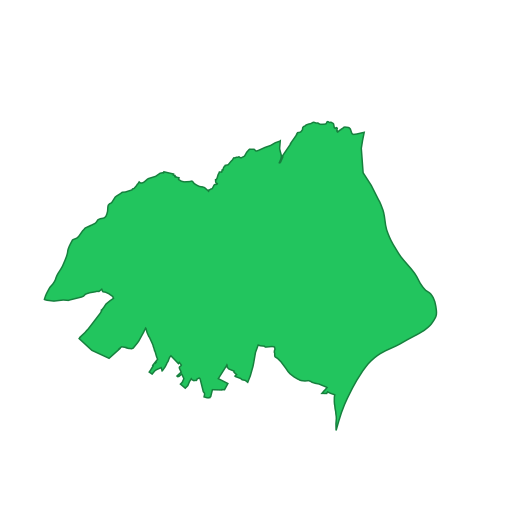 Soledad, Atlántico, Colombia, rotated 17°
{"feature_id": "7082276B16795204487945", "entity_name": "Soledad", "entity_type": "district", "adm_level": 2, "iso_a3": "COL", "parent_name": "Colombia", "parent_adm1": "Atlántico", "projection": "equal_earth", "projection_center": [-74.779, 10.91], "detail": "fine", "context": "isolated", "style": "filled", "palette": "green", "viewbox_px": 512, "rotation_deg": 17, "n_neighbors": 0, "source": "geoboundaries", "source_scale": "gbopen_adm2", "svg_char_len": 6109}
<svg xmlns="http://www.w3.org/2000/svg" viewBox="0 0 512 512"><g transform="rotate(17 256 256)"><path d="M105.4,239.1L104.2,240.7L104.0,241.3L102.5,246.8L102.0,247.7L100.7,248.9L99.9,250.5L99.9,251.3L100.0,252.3L101.0,256.7L101.1,259.5L100.9,261.7L100.4,262.9L99.8,263.8L98.9,264.5L96.3,265.8L95.1,266.8L94.2,267.7L93.4,270.3L93.0,271.2L92.5,271.9L88.2,276.0L88.2,275.8L84.5,279.2L84.2,279.7L83.7,281.1L82.9,282.5L80.8,288.9L80.0,290.4L79.2,291.5L76.3,293.8L75.8,294.4L75.0,298.6L74.6,301.2L74.4,303.6L74.4,305.4L74.8,308.0L74.9,309.5L74.9,312.0L74.6,316.2L73.9,322.4L73.1,325.9L71.8,330.5L71.3,333.1L71.1,335.4L71.1,337.2L70.7,339.5L69.9,342.2L68.1,346.1L67.6,348.2L66.7,352.9L66.4,355.5L66.3,359.3L67.2,359.4L67.2,359.5L69.2,359.4L75.9,358.2L84.6,354.4L89.6,353.3L90.7,352.5L101.2,346.2L102.8,344.8L104.0,342.5L105.6,341.2L107.8,339.7L112.6,337.3L114.0,336.4L116.2,335.8L118.2,332.9L119.5,334.5L120.0,334.9L120.5,334.9L122.6,334.6L126.3,335.1L130.8,336.6L132.1,338.2L129.6,341.3L126.6,345.8L125.5,349.6L124.5,352.2L124.0,352.9L124.3,353.0L124.4,353.3L123.9,356.0L117.9,372.1L117.2,373.9L117.0,374.6L115.9,376.7L114.8,379.3L111.6,384.8L111.8,384.8L111.0,386.7L126.6,394.2L145.4,396.8L151.1,387.4L152.7,384.7L152.3,384.7L154.0,382.1L158.9,381.4L158.9,381.8L161.7,381.6L162.0,381.4L164.1,381.1L165.5,380.0L167.9,374.1L168.7,371.8L170.7,362.3L171.5,357.2L172.0,357.5L174.1,360.9L177.0,364.3L177.9,364.9L182.6,370.2L184.0,372.0L184.1,372.4L185.5,374.2L186.8,376.4L187.2,376.5L190.3,381.3L192.1,383.5L191.0,386.2L191.6,386.7L191.1,387.9L190.5,387.5L189.2,390.8L189.8,391.1L188.9,394.4L188.7,395.5L187.8,398.2L191.2,399.3L192.8,395.4L194.1,393.8L197.9,390.5L199.8,393.3L200.0,393.1L201.5,388.6L202.1,385.3L202.1,384.5L202.7,382.4L202.9,379.0L203.1,377.9L203.8,376.3L213.3,381.6L213.8,380.2L216.5,382.1L216.5,382.6L215.3,384.5L215.3,385.2L215.7,385.9L218.4,388.9L215.5,393.9L216.5,394.3L217.6,393.6L219.4,390.7L219.9,391.0L222.9,394.4L222.4,398.0L222.5,398.1L221.2,400.6L227.0,403.1L228.7,399.9L229.1,395.6L230.0,392.3L230.9,393.0L233.0,393.4L234.3,392.7L235.3,392.5L235.5,392.3L235.6,390.9L237.3,389.3L237.7,389.3L238.5,389.9L245.3,401.2L246.6,402.0L247.0,402.6L247.3,403.5L247.5,405.9L248.0,405.9L250.5,405.9L251.8,405.6L253.3,404.9L253.2,404.4L253.5,404.1L253.8,403.7L253.4,396.6L262.5,394.1L262.5,393.7L265.0,393.1L266.4,386.2L255.8,384.3L259.8,369.8L260.0,368.6L260.3,368.9L261.1,370.9L263.1,372.0L268.7,372.5L268.8,373.4L269.7,374.0L272.1,375.1L271.0,377.0L271.7,377.3L277.0,377.6L278.9,378.4L282.1,378.1L285.0,379.2L285.6,372.3L285.4,362.7L285.1,359.5L283.7,348.3L284.1,340.5L286.2,340.6L290.3,339.8L291.4,340.3L291.8,340.3L297.2,338.1L298.7,337.7L300.2,337.6L301.1,338.9L301.5,339.7L301.3,340.4L301.3,340.9L301.6,342.6L302.3,343.5L303.0,345.7L303.5,346.6L303.9,346.9L306.7,347.7L310.7,349.8L317.4,354.7L320.5,357.2L323.0,358.7L327.7,360.5L331.9,361.5L333.2,361.6L334.0,361.9L335.7,361.9L339.4,361.2L342.5,359.9L343.1,359.8L345.2,360.0L346.5,360.4L350.2,360.4L353.5,360.0L361.5,360.8L362.4,361.0L361.2,363.8L360.6,364.8L359.2,368.1L363.8,366.8L364.1,365.0L367.2,365.5L371.9,365.7L372.2,368.1L373.4,372.2L374.4,374.8L374.9,375.6L376.2,378.7L377.8,381.7L378.5,383.5L379.7,386.1L380.4,388.1L381.5,393.0L383.6,399.4L383.4,389.8L383.5,380.7L384.1,372.0L385.0,365.0L386.9,353.8L388.7,345.4L391.7,334.6L393.5,329.6L394.8,326.3L396.6,322.8L399.2,318.5L401.2,315.7L403.4,313.0L407.6,308.7L416.2,301.1L419.2,298.2L425.3,291.7L434.6,282.4L438.7,277.8L441.3,274.0L442.7,271.6L443.6,269.6L444.9,265.4L445.6,262.3L445.7,260.9L445.6,259.2L445.1,257.2L444.4,255.3L442.8,251.8L441.6,249.6L440.4,247.5L439.0,245.7L437.6,244.0L435.8,242.4L434.0,241.1L432.4,240.4L428.2,239.2L424.8,237.1L420.9,234.0L415.9,228.9L412.8,226.2L408.4,223.1L398.2,216.7L394.5,214.2L391.2,211.5L383.6,204.7L380.3,201.4L377.9,198.7L375.7,196.0L373.3,192.8L370.9,188.6L367.2,180.6L365.4,177.2L364.0,175.0L360.7,170.7L358.4,168.0L356.6,166.3L345.6,154.8L334.1,145.1L325.2,122.2L324.1,114.2L323.3,106.1L316.5,110.0L314.0,111.1L313.2,111.3L312.1,110.9L311.7,110.6L309.1,107.0L307.7,106.2L306.6,106.1L303.3,106.7L302.4,107.2L301.5,108.7L300.4,109.8L300.1,110.6L299.3,111.2L299.1,111.6L297.9,113.6L297.1,113.3L297.1,112.4L296.5,112.2L296.4,110.1L295.4,109.7L295.1,109.8L294.5,110.7L293.6,110.6L293.3,110.3L291.6,107.1L291.0,106.7L288.9,106.2L288.5,106.2L287.2,106.9L285.8,106.5L285.3,106.5L284.8,106.9L284.7,107.1L284.5,108.6L284.1,109.3L282.8,110.0L279.3,111.2L278.0,111.2L276.3,110.7L274.7,111.3L272.8,111.2L271.9,111.3L271.2,111.8L269.7,113.4L267.8,114.4L265.8,115.9L265.4,116.3L265.1,117.1L263.8,118.2L263.2,119.3L263.2,120.1L263.5,121.3L263.3,122.3L262.7,123.9L262.1,124.7L259.7,125.9L259.2,127.7L259.5,127.9L256.1,138.4L256.4,138.6L252.2,152.1L252.7,153.7L252.1,158.7L251.8,159.7L251.5,160.0L251.0,160.0L251.4,156.4L251.3,154.6L251.1,153.3L250.6,152.1L247.6,147.2L247.1,146.0L245.5,138.8L245.1,139.3L241.3,142.1L237.7,146.0L232.9,149.5L227.6,154.2L225.9,155.4L225.3,155.6L223.0,154.5L218.6,155.8L218.2,156.4L216.8,159.4L215.8,163.9L213.2,166.4L212.2,166.6L210.7,166.1L209.7,166.9L208.2,167.4L207.3,168.3L206.1,168.6L205.8,169.3L205.4,171.0L204.5,172.6L202.8,176.7L202.4,177.1L200.1,178.3L200.2,178.8L199.6,179.4L199.2,180.9L199.1,181.9L199.3,183.3L198.5,183.5L198.6,185.8L196.4,186.4L196.3,188.3L196.1,188.6L196.0,189.1L196.0,192.9L195.8,194.5L195.0,194.8L195.5,196.3L196.0,197.3L196.9,197.9L197.8,198.0L197.8,198.7L197.2,199.2L196.0,199.5L195.4,200.1L195.2,200.4L194.7,203.3L194.5,204.0L194.2,204.6L193.1,205.3L192.3,206.3L191.7,206.5L191.7,207.9L187.2,205.8L186.4,205.6L184.3,205.6L183.0,205.9L181.0,206.0L178.2,205.5L175.5,204.7L174.4,203.8L172.8,203.1L170.6,204.3L165.7,206.1L162.8,206.3L159.6,205.5L159.5,203.7L155.9,204.0L155.9,203.6L155.1,203.7L155.0,202.7L153.3,202.8L153.2,201.7L143.3,202.4L143.3,203.5L142.7,203.5L140.1,204.9L136.7,209.2L130.5,213.4L129.7,214.3L127.5,217.8L126.7,218.7L125.8,219.4L124.5,219.9L123.9,219.9L122.6,219.3L122.0,221.5L121.6,222.0L121.0,224.1L120.0,226.2L119.8,226.9L119.6,227.1L118.3,228.0L118.0,229.1L112.4,233.0L109.4,234.2L108.2,235.9L105.4,239.1Z" fill="#22c55e" stroke="#15803d" stroke-width="1.5"/></g></svg>